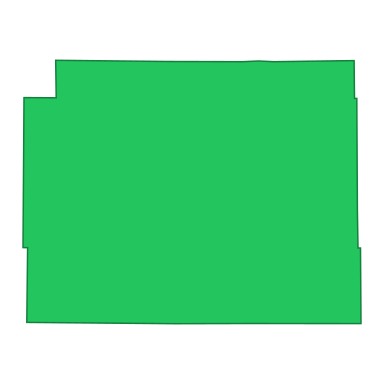 outline of Otter Tail, Minnesota, United States of America
{"feature_id": "52423323B9010393281020", "entity_name": "Otter Tail", "entity_type": "district", "adm_level": 2, "iso_a3": "USA", "parent_name": "United States of America", "parent_adm1": "Minnesota", "projection": "orthographic", "projection_center": [-95.611, 46.412], "detail": "fine", "context": "isolated", "style": "filled", "palette": "green", "viewbox_px": 384, "rotation_deg": 0, "n_neighbors": 0, "source": "geoboundaries", "source_scale": "gbopen_adm2", "svg_char_len": 356}
<svg xmlns="http://www.w3.org/2000/svg" viewBox="0 0 384 384"><path d="M357.4,210.8L356.8,98.4L354.5,98.4L354.1,60.6L273.9,61.7L258.3,61.0L242.3,61.7L167.9,61.5L55.7,60.3L56.2,97.8L24.0,97.6L23.0,247.6L27.6,247.7L26.8,322.4L174.7,323.7L249.1,323.5L361.0,323.6L360.5,248.0L358.0,248.0L357.4,210.8Z" fill="#22c55e" stroke="#15803d" stroke-width="1.5"/></svg>